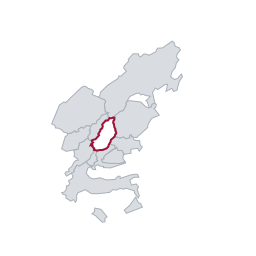 Hungary highlighted among its neighbors, rotated 314°
{"feature_id": "HUN", "entity_name": "Hungary", "entity_type": "country or territory", "adm_level": 0, "iso_a3": "HUN", "parent_name": "Europe", "parent_adm1": "", "projection": "natural_earth1", "projection_center": [19.424, 47.153], "detail": "coarse", "context": "with_neighbors", "style": "outline", "palette": "rose", "viewbox_px": 256, "rotation_deg": 314, "n_neighbors": 11, "source": "natural_earth", "source_scale": "50m", "svg_char_len": 5835}
<svg xmlns="http://www.w3.org/2000/svg" viewBox="0 0 256 256"><g transform="rotate(314 128 128)"><path d="M195.1,127.6L198.0,129.3L203.8,128.9L202.8,131.5L196.7,132.7L189.2,136.9L186.0,135.4L187.0,132.0L180.7,129.9L186.9,126.2L185.2,124.5L176.3,122.7L175.8,120.0L170.6,120.9L164.5,130.2L161.9,128.9L159.2,130.1L156.7,128.8L158.1,128.0L160.4,123.2L160.0,122.0L166.5,122.1L163.8,118.4L162.8,115.4L160.7,114.3L161.0,111.8L158.4,109.9L151.9,107.4L144.5,109.2L143.2,110.9L137.2,112.6L134.5,110.9L127.5,110.1L125.1,111.6L124.6,109.7L121.5,107.8L124.1,103.0L125.3,103.5L123.8,100.3L128.8,94.4L131.5,93.6L132.0,91.6L129.1,85.4L131.8,85.2L134.7,83.3L144.5,83.7L157.1,86.5L159.1,85.3L160.6,86.9L167.8,87.3L167.9,83.7L169.5,82.2L176.3,82.0L177.6,80.5L184.9,80.1L188.6,84.1L187.4,85.5L188.0,87.7L192.4,88.0L194.6,91.1L194.6,92.5L201.8,95.0L205.9,93.8L209.6,97.2L221.2,99.4L221.5,101.5L219.6,105.2L221.2,109.1L220.5,111.5L215.1,112.0L212.4,114.0L212.5,117.2L208.0,117.8L204.4,120.1L199.2,120.5L194.5,123.1L195.1,127.6Z" fill="#d9dde1" stroke="#a8b0b8" stroke-width="1"/><path d="M128.6,69.1L128.9,72.2L130.4,74.9L130.5,77.6L127.2,79.1L132.0,91.6L131.5,93.6L128.8,94.4L123.8,100.3L125.3,103.5L118.8,100.3L114.8,101.3L112.2,100.6L108.9,102.1L106.1,99.6L103.8,100.6L100.9,96.6L96.8,96.2L96.3,94.0L92.5,93.2L91.7,95.0L88.7,93.6L89.1,91.6L85.0,91.0L82.4,88.7L80.3,84.3L80.7,81.8L79.5,78.1L77.6,75.6L79.1,73.8L78.0,70.2L97.0,62.7L102.3,63.8L102.7,65.5L124.5,66.3L127.2,67.0L128.6,69.1Z" fill="#d9dde1" stroke="#a8b0b8" stroke-width="1"/><path d="M92.9,106.5L92.5,112.8L89.3,112.8L90.4,114.4L87.4,120.2L82.5,120.4L79.6,122.0L66.9,119.6L65.7,117.1L60.1,118.3L59.4,119.7L50.7,117.2L51.4,114.2L53.2,113.8L55.9,115.8L56.8,113.9L61.7,114.2L65.8,112.9L68.5,113.1L70.2,114.6L70.7,113.4L70.1,108.7L72.1,107.8L74.2,104.5L78.3,106.8L83.4,103.4L87.7,105.5L90.3,105.2L92.9,106.5Z" fill="#d9dde1" stroke="#a8b0b8" stroke-width="1"/><path d="M156.7,128.8L159.2,130.1L161.9,128.9L164.5,130.2L164.7,132.0L162.0,133.6L160.3,132.9L159.0,141.6L151.3,138.3L144.6,139.9L141.9,141.8L126.8,140.8L124.1,136.6L125.4,135.3L123.9,134.4L122.2,136.1L118.8,134.0L118.4,131.0L114.9,129.3L114.2,127.0L111.2,124.2L115.7,122.8L121.7,113.1L127.5,110.1L134.5,110.9L137.2,112.6L143.2,110.9L144.5,109.2L146.9,109.2L148.6,109.9L155.7,119.3L155.5,125.5L156.7,128.8Z" fill="#d9dde1" stroke="#a8b0b8" stroke-width="1"/><path d="M90.5,121.5L96.5,125.4L101.2,126.8L103.3,125.8L106.5,130.6L104.3,133.3L101.7,131.7L92.9,130.6L90.2,130.8L89.0,132.3L87.0,130.6L85.7,133.6L96.6,146.6L101.7,149.3L101.0,150.5L87.1,143.1L82.4,137.8L83.5,137.2L81.0,134.2L80.9,131.8L77.3,130.6L75.5,133.7L73.8,131.3L74.2,128.7L78.2,128.9L79.3,127.7L83.4,129.0L83.4,127.0L85.4,126.3L86.0,123.4L90.5,121.5Z" fill="#d9dde1" stroke="#a8b0b8" stroke-width="1"/><path d="M56.0,118.7L59.4,119.7L60.1,118.3L65.7,117.1L66.9,119.6L74.9,121.4L74.2,125.0L75.5,128.0L71.0,127.0L66.3,129.5L65.8,135.2L67.6,138.9L72.8,142.5L75.6,148.5L81.9,154.4L86.4,154.3L87.8,155.9L86.2,157.4L95.6,162.2L100.6,166.0L101.2,167.4L100.1,170.0L96.8,166.6L91.8,165.4L89.3,170.1L93.5,172.8L92.8,176.6L90.3,177.1L87.1,183.3L84.7,183.9L85.9,177.7L87.2,176.2L83.3,168.3L80.9,167.3L79.2,164.2L75.5,162.9L73.0,159.9L68.8,159.5L59.2,151.4L55.4,147.3L53.9,140.1L46.5,136.9L43.8,137.9L40.4,141.2L38.0,141.7L38.8,138.6L35.7,137.7L34.5,132.1L36.6,129.9L35.1,127.2L35.4,125.2L37.8,126.7L40.5,126.4L43.8,123.9L44.7,125.1L47.4,124.8L48.8,121.9L52.9,122.8L55.5,121.6L56.0,118.7ZM73.2,183.0L83.7,181.5L81.5,187.3L82.4,189.6L81.1,193.3L65.5,186.1L66.4,182.3L73.2,183.0ZM44.4,162.0L47.4,159.8L50.7,165.0L49.6,174.6L46.9,174.2L44.5,176.6L42.3,174.7L42.4,165.8L41.3,161.7L44.4,162.0Z" fill="#d9dde1" stroke="#a8b0b8" stroke-width="1"/><path d="M74.9,121.4L79.6,122.0L82.5,120.4L87.4,120.2L88.5,119.0L89.4,119.1L90.5,121.5L86.0,123.4L85.4,126.3L83.4,127.0L83.4,129.0L79.3,127.7L78.2,128.9L74.2,128.7L75.5,128.0L74.2,125.0L74.9,121.4Z" fill="#d9dde1" stroke="#a8b0b8" stroke-width="1"/><path d="M124.1,103.0L120.3,108.5L114.3,106.3L111.2,108.4L103.0,110.2L102.6,111.6L97.9,112.5L93.0,109.9L92.4,107.4L93.7,105.0L98.1,104.3L101.8,100.1L106.1,99.6L108.9,102.1L112.2,100.6L114.8,101.3L118.8,100.3L124.1,103.0Z" fill="#d9dde1" stroke="#a8b0b8" stroke-width="1"/><path d="M82.4,88.7L85.0,91.0L89.1,91.6L88.7,93.6L91.7,95.0L92.5,93.2L96.3,94.0L96.8,96.2L100.9,96.6L103.5,100.1L99.7,101.7L98.1,104.3L93.7,105.0L92.9,106.5L90.3,105.2L87.7,105.5L83.4,103.4L78.3,106.8L68.3,99.8L66.9,94.7L78.5,88.7L79.9,89.5L82.4,88.7Z" fill="#d9dde1" stroke="#a8b0b8" stroke-width="1"/><path d="M101.7,149.3L96.6,146.6L89.7,139.2L85.7,133.6L87.0,130.6L89.0,132.3L90.2,130.8L92.9,130.6L106.3,133.3L104.9,136.5L107.7,139.2L106.8,142.7L102.5,145.3L101.7,149.3Z" fill="#d9dde1" stroke="#a8b0b8" stroke-width="1"/><path d="M103.3,125.8L107.6,123.9L111.2,124.2L114.2,127.0L114.9,129.3L118.4,131.0L118.8,134.0L122.2,136.1L123.9,134.4L125.4,135.3L124.1,136.6L125.1,137.8L123.7,139.5L124.3,142.1L127.1,145.2L124.9,147.5L124.0,149.8L124.6,150.7L123.7,151.7L119.1,152.2L120.2,149.1L114.6,144.8L111.4,148.1L111.9,147.5L105.5,143.0L106.8,142.7L107.7,139.2L104.9,136.5L106.3,133.3L104.3,133.3L106.5,130.6L103.3,125.8Z" fill="#d9dde1" stroke="#a8b0b8" stroke-width="1"/><path d="M119.5,108.3L122.5,107.9L123.0,108.9L124.3,109.8L125.4,110.0L126.0,111.1L124.5,112.4L122.7,112.7L121.1,114.3L121.1,115.1L119.2,117.6L118.3,120.0L117.3,120.7L117.0,122.1L115.8,123.4L114.6,123.2L113.4,124.1L111.3,124.3L107.7,123.9L105.8,125.1L102.4,125.8L101.1,126.8L98.4,126.8L94.7,125.1L92.2,122.7L90.2,121.5L88.9,118.9L87.9,118.9L89.9,117.9L89.9,115.1L90.9,114.7L91.2,114.1L91.0,113.6L89.8,113.1L90.8,112.6L91.8,113.1L93.4,112.9L93.2,111.9L93.9,110.7L94.8,110.8L97.3,112.4L102.7,112.3L103.1,110.8L106.9,110.0L107.8,109.2L109.6,109.7L111.7,108.7L112.6,107.0L118.0,106.8L119.5,108.3Z" fill="none" stroke="#9f1239" stroke-width="2"/></g></svg>